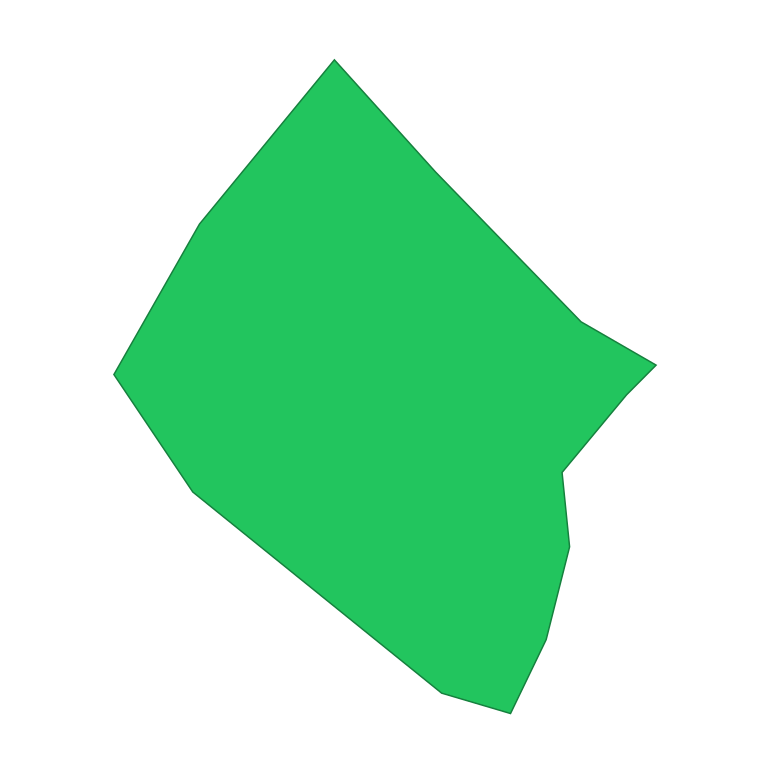 an SVG outline of Saint George, rotated 94°
{"feature_id": "VCT-5067", "entity_name": "Saint George", "entity_type": "Parish", "adm_level": 1, "iso_a3": "VCT", "parent_name": "Saint Vincent and the Grenadines", "parent_adm1": "", "projection": "orthographic", "projection_center": [-61.178, 13.175], "detail": "fine", "context": "isolated", "style": "filled", "palette": "green", "viewbox_px": 768, "rotation_deg": 94, "n_neighbors": 0, "source": "natural_earth", "source_scale": "10m", "svg_char_len": 337}
<svg xmlns="http://www.w3.org/2000/svg" viewBox="0 0 768 768"><g transform="rotate(94 384 384)"><path d="M703.9,234.8L688.4,304.9L505.1,567.2L393.4,654.1L237.3,579.2L64.1,456.1L168.9,347.4L308.2,191.8L346.2,113.9L377.9,141.3L459.8,200.2L533.5,187.5L627.7,204.4L703.9,234.8Z" fill="#22c55e" stroke="#15803d" stroke-width="1.5"/></g></svg>